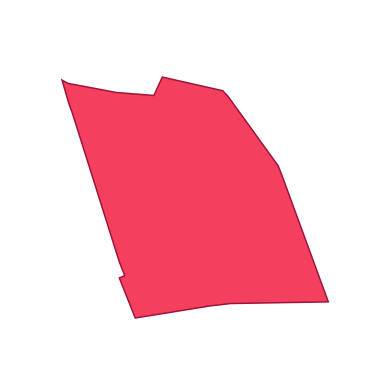 the district of Wyoming, Pennsylvania, United States of America, rotated 252°
{"feature_id": "52423323B85035932341435", "entity_name": "Wyoming", "entity_type": "district", "adm_level": 2, "iso_a3": "USA", "parent_name": "United States of America", "parent_adm1": "Pennsylvania", "projection": "mercator", "projection_center": [-75.987, 41.514], "detail": "fine", "context": "isolated", "style": "filled", "palette": "rose", "viewbox_px": 384, "rotation_deg": 252, "n_neighbors": 0, "source": "geoboundaries", "source_scale": "gbopen_adm2", "svg_char_len": 415}
<svg xmlns="http://www.w3.org/2000/svg" viewBox="0 0 384 384"><g transform="rotate(252 192 192)"><path d="M45.4,287.7L61.3,287.1L179.5,282.7L190.1,282.1L258.2,260.2L271.8,255.8L278.8,252.5L310.5,199.3L295.6,185.6L310.2,150.4L333.7,107.5L338.6,103.0L313.6,102.2L306.0,102.6L147.1,101.3L133.3,102.2L132.8,96.3L89.7,99.1L78.2,173.3L74.0,194.2L45.4,287.7Z" fill="#f43f5e" stroke="#9f1239" stroke-width="1.5"/></g></svg>